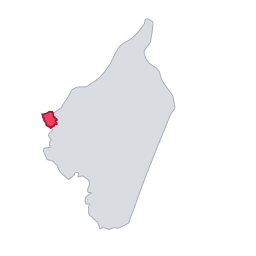 Afrin, Aleppo, Syria (highlighted), rotated 323°
{"feature_id": "27442178B88911382861768", "entity_name": "Afrin", "entity_type": "district", "adm_level": 2, "iso_a3": "SYR", "parent_name": "Syria", "parent_adm1": "Aleppo", "projection": "robinson", "projection_center": [36.751, 36.572], "detail": "fine", "context": "in_parent", "style": "filled", "palette": "rose", "viewbox_px": 256, "rotation_deg": 323, "n_neighbors": 0, "source": "geoboundaries", "source_scale": "gbopen_adm2", "svg_char_len": 3676}
<svg xmlns="http://www.w3.org/2000/svg" viewBox="0 0 256 256"><g transform="rotate(323 128 128)"><path d="M47.8,93.9L49.7,94.1L53.7,96.5L54.4,96.5L55.6,93.3L56.8,92.2L59.3,91.3L60.0,86.1L61.2,85.2L62.6,84.6L64.8,84.5L66.7,84.2L66.8,83.3L64.2,77.4L64.4,75.9L65.7,69.9L66.5,67.6L67.3,66.8L70.2,67.1L74.4,68.2L75.5,69.9L77.6,71.4L80.7,71.3L84.2,71.6L87.0,71.7L89.2,70.6L94.2,68.6L96.6,68.0L98.9,67.1L106.1,63.8L109.0,64.1L111.0,64.5L112.5,65.0L115.9,67.3L118.7,69.5L120.7,70.2L124.3,70.1L129.4,70.6L135.7,70.5L139.3,69.9L144.0,68.8L152.4,66.1L163.3,60.5L169.7,57.8L172.5,57.5L176.1,57.5L179.7,58.2L183.9,58.7L185.8,58.6L190.2,58.1L196.0,56.9L199.6,56.0L203.9,54.5L206.6,52.0L207.5,51.7L208.6,52.2L209.1,52.3L210.3,53.8L211.5,57.5L211.6,57.9L211.3,58.9L208.6,62.0L204.8,66.1L202.0,68.7L197.4,73.1L193.9,74.1L188.0,75.6L186.4,77.2L185.0,79.7L184.2,83.1L184.0,85.2L183.9,89.1L185.3,93.3L186.8,97.2L187.0,99.8L186.9,102.4L185.6,105.1L184.3,108.9L183.5,113.2L183.3,121.1L183.3,127.9L183.2,129.1L180.9,133.9L178.1,139.5L176.7,140.8L170.5,142.5L163.7,146.6L156.0,151.2L149.1,155.4L141.8,159.8L134.2,164.3L128.8,167.6L121.6,171.9L115.0,176.1L108.3,180.3L103.2,183.5L95.4,188.6L90.9,191.5L84.2,195.9L78.3,199.7L71.3,204.3L62.6,202.9L59.8,202.2L57.6,200.0L55.9,198.8L51.8,197.6L49.1,193.6L47.5,192.1L44.8,191.5L46.0,188.9L46.2,187.1L47.4,185.0L46.6,183.7L46.3,180.7L45.8,180.0L45.6,179.3L46.0,178.3L45.8,177.4L45.4,176.9L45.1,175.5L44.8,174.4L45.0,173.1L45.6,172.2L46.2,170.6L46.9,170.1L48.1,169.1L48.4,168.0L49.5,166.9L50.9,166.1L51.2,165.4L51.0,165.0L49.6,164.2L48.8,162.9L49.5,160.9L50.0,160.2L50.8,159.3L52.7,157.8L54.2,157.6L55.4,157.6L57.6,157.7L59.3,158.0L59.7,157.6L59.6,157.1L57.6,155.9L57.5,154.9L58.0,153.9L59.4,152.3L61.2,151.1L62.1,150.9L64.1,148.5L65.3,145.9L63.3,139.4L62.0,138.4L60.0,137.5L58.8,137.3L58.7,136.9L60.3,135.3L61.5,133.8L60.2,132.5L58.0,131.8L57.1,133.2L54.2,133.4L49.8,133.4L47.8,126.5L47.5,123.5L47.6,120.1L49.0,115.1L48.3,112.8L48.3,111.3L48.0,109.1L44.4,104.5L46.4,96.0L47.8,93.9Z" fill="#d9dde1" stroke="#a8b0b8" stroke-width="1"/><path d="M73.8,82.0L74.0,81.6L74.2,81.0L74.1,80.4L74.0,79.7L74.1,79.1L74.2,78.8L75.0,78.6L75.4,78.7L75.9,79.0L76.2,78.9L76.4,78.6L76.4,78.1L76.4,77.8L76.1,77.0L75.6,76.5L75.5,76.2L75.8,75.7L76.1,75.2L75.8,75.0L75.7,75.0L75.4,75.0L75.3,74.7L75.4,74.3L75.5,74.1L75.9,73.1L76.3,72.5L76.6,72.0L76.6,71.6L76.7,71.4L76.8,71.3L76.7,71.3L76.6,71.2L76.7,70.8L76.8,70.6L77.3,69.6L77.4,69.4L77.3,69.2L77.2,69.2L76.6,68.9L76.4,68.9L76.1,68.7L75.9,68.3L75.7,68.1L75.0,67.8L74.5,67.5L74.4,67.5L74.2,67.5L73.4,67.6L73.2,67.6L72.9,67.5L70.9,67.0L70.8,66.9L69.8,66.4L69.5,66.3L69.3,66.2L68.1,65.9L67.9,65.9L67.7,65.5L67.5,65.8L67.6,66.1L67.7,66.3L67.8,66.4L67.8,66.5L67.7,66.6L67.5,66.9L67.3,67.1L67.0,67.5L66.9,67.6L66.6,67.9L66.5,68.0L66.4,68.3L66.4,68.5L66.5,68.8L66.7,69.1L66.7,69.6L66.7,69.8L66.6,70.0L66.4,70.2L66.2,70.6L66.0,70.8L65.9,70.8L65.6,71.5L65.5,71.9L65.5,72.0L65.5,72.3L65.8,73.0L65.8,73.3L65.9,73.7L65.8,74.2L65.7,74.4L65.6,74.6L65.5,74.9L65.4,75.4L65.1,75.7L64.7,76.0L64.6,76.3L64.6,76.5L64.8,76.9L64.9,77.1L65.0,77.6L65.0,77.8L65.1,78.0L65.2,78.4L65.2,78.5L65.3,78.7L65.4,78.8L65.4,79.0L65.5,79.2L65.6,79.3L65.8,79.4L66.2,79.4L66.3,79.4L66.3,79.5L66.3,79.9L66.4,80.1L66.4,80.3L66.5,80.4L66.5,80.6L66.2,80.8L66.1,81.0L66.0,81.3L66.3,81.3L66.8,81.1L67.0,81.1L67.3,81.2L67.4,81.3L67.5,81.4L67.5,81.6L67.8,81.5L68.0,81.5L68.5,81.5L68.8,81.5L68.9,81.4L69.0,81.4L68.9,81.2L69.0,81.0L69.3,81.0L69.5,81.1L69.7,81.3L69.8,81.6L69.8,81.8L70.2,81.8L70.3,81.7L70.7,81.5L70.8,81.1L71.2,80.9L71.7,80.9L72.0,80.9L72.3,81.1L72.6,81.6L72.8,82.0L73.2,82.2L73.7,82.1L73.8,82.0Z" fill="#f43f5e" stroke="#9f1239" stroke-width="1.5"/></g></svg>